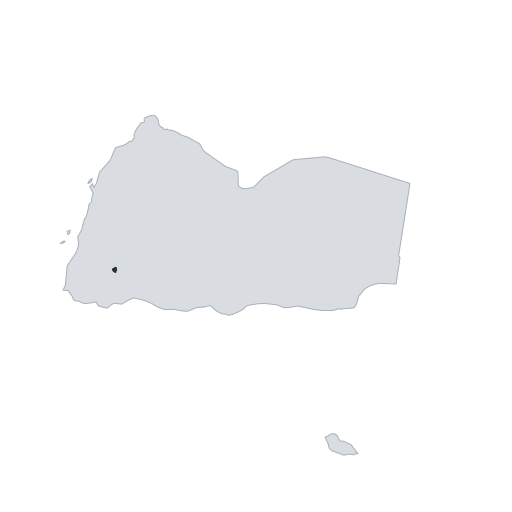 Jahaf, Al Dali', Yemen shown in context, rotated 28°
{"feature_id": "15242507B12481598225051", "entity_name": "Jahaf", "entity_type": "district", "adm_level": 2, "iso_a3": "YEM", "parent_name": "Yemen", "parent_adm1": "Al Dali'", "projection": "equal_earth", "projection_center": [44.673, 13.731], "detail": "fine", "context": "in_parent", "style": "filled", "palette": "slate", "viewbox_px": 512, "rotation_deg": 28, "n_neighbors": 0, "source": "geoboundaries", "source_scale": "gbopen_adm2", "svg_char_len": 3651}
<svg xmlns="http://www.w3.org/2000/svg" viewBox="0 0 512 512"><g transform="rotate(28 256 256)"><path d="M392.8,215.0L377.7,222.2L373.7,225.5L370.1,229.5L367.4,234.4L365.6,243.2L367.2,251.2L367.1,255.5L363.2,258.3L359.5,260.4L355.4,263.5L352.9,264.3L350.9,266.8L348.6,268.5L340.1,273.0L330.8,276.5L316.0,280.7L310.3,285.3L305.1,288.4L297.2,289.3L286.3,293.7L280.3,297.1L272.8,302.8L271.1,304.5L269.9,308.7L267.6,312.3L263.1,318.2L259.7,321.2L257.4,321.4L253.0,323.0L247.8,323.3L239.0,321.3L236.8,322.7L234.9,325.0L228.2,329.1L221.3,337.1L216.3,339.3L208.2,341.8L202.5,345.2L198.7,346.5L193.7,347.2L184.6,346.9L176.0,348.1L167.9,350.4L164.2,354.7L159.9,361.6L152.9,364.4L151.2,366.8L149.1,371.9L144.5,373.2L140.4,374.0L136.2,371.8L128.3,377.9L125.3,378.9L120.7,379.2L117.5,380.4L115.2,380.1L112.3,377.7L106.2,374.8L101.7,376.7L101.3,370.9L93.9,353.3L95.5,338.0L95.5,335.9L94.0,329.0L89.6,322.8L89.8,314.9L88.3,309.2L87.1,303.5L87.5,301.9L87.6,300.5L85.4,291.6L84.6,289.8L84.3,287.9L85.1,286.5L85.1,284.8L83.9,282.1L82.6,276.9L76.6,272.8L77.9,268.9L79.0,270.3L80.6,271.4L80.9,268.9L81.0,267.1L78.5,255.5L82.3,240.1L81.1,226.3L86.8,220.7L88.2,219.0L89.0,217.5L90.4,214.4L92.2,213.3L92.9,210.0L92.8,208.3L91.6,206.9L90.8,203.0L91.1,198.1L91.4,196.1L92.0,192.3L94.0,190.9L94.4,189.8L92.9,187.5L93.1,186.1L96.4,182.1L97.8,180.9L100.0,179.7L101.7,179.7L103.6,180.4L105.4,181.5L107.1,183.5L108.9,185.8L111.6,186.7L113.5,186.5L115.0,187.5L116.3,186.9L117.8,185.7L120.1,185.8L122.3,184.5L128.3,183.8L134.1,184.2L140.1,183.1L146.2,183.2L152.3,183.3L153.6,183.5L154.9,184.2L160.1,187.7L164.0,188.4L171.8,189.4L180.2,190.4L187.4,191.3L193.6,190.4L198.7,189.8L200.1,189.9L201.6,192.1L204.7,197.5L207.6,202.6L212.7,202.8L216.0,200.9L219.5,198.2L221.7,196.1L224.2,187.8L225.8,182.4L229.5,176.4L232.6,171.4L236.8,164.7L239.0,161.0L243.5,153.7L247.8,150.8L256.2,145.3L264.3,140.0L269.6,136.5L274.2,134.9L281.8,133.5L290.7,131.9L299.6,130.2L309.1,128.5L319.8,126.6L327.0,125.3L336.3,123.6L344.0,122.2L350.8,121.0L357.9,119.7L359.3,123.7L360.7,127.8L362.1,131.8L363.5,135.9L364.9,139.9L366.3,144.0L367.7,148.0L369.1,152.0L370.5,156.1L371.9,160.2L373.3,164.2L374.7,168.3L376.1,172.3L377.5,176.4L378.9,180.4L380.3,184.5L381.6,188.5L383.8,189.8L385.2,193.5L387.1,198.9L389.0,204.3L390.9,209.6L392.8,215.0ZM415.8,379.2L417.6,379.7L420.5,378.3L428.7,378.1L438.7,382.7L436.8,383.9L435.7,385.6L431.4,387.1L427.1,390.6L414.6,392.3L410.9,391.4L407.8,387.9L402.1,383.5L404.3,380.7L404.8,379.4L405.6,378.1L408.7,376.0L411.9,376.3L415.8,379.2ZM80.4,324.4L80.0,325.3L79.5,325.1L77.6,322.9L79.7,320.5L80.8,322.7L80.4,324.4ZM74.6,269.9L73.6,270.8L73.3,269.2L74.0,265.6L75.0,264.6L75.6,267.2L75.2,268.7L74.6,269.9ZM79.4,335.4L77.4,336.6L78.8,333.4L80.2,332.7L80.6,332.8L79.4,335.4Z" fill="#d9dde1" stroke="#a8b0b8" stroke-width="1"/><path d="M136.0,334.2L135.8,335.1L136.0,335.3L136.3,335.4L136.3,335.5L136.5,335.5L136.6,335.8L137.0,335.9L137.6,336.2L137.8,336.3L138.1,336.2L138.8,336.3L139.3,336.4L139.5,336.3L139.4,336.1L139.4,335.9L139.3,335.7L139.2,335.6L139.0,335.4L138.9,335.4L138.8,335.2L138.8,334.9L139.0,334.8L139.1,335.0L139.3,335.0L139.3,334.9L139.3,334.7L139.3,334.4L139.3,334.2L139.2,334.2L139.1,333.9L139.0,333.7L138.9,333.6L138.9,333.4L138.7,333.3L138.7,333.2L138.4,333.0L138.4,332.9L138.3,332.7L138.2,332.6L138.1,332.4L137.9,332.3L137.9,332.2L137.7,332.2L137.7,332.3L137.4,332.4L137.4,332.5L137.2,332.6L137.2,332.8L137.3,332.9L137.3,333.0L137.3,333.3L137.2,333.4L137.2,333.5L137.1,333.8L137.0,333.7L137.0,333.8L136.9,333.8L136.7,333.9L136.6,334.0L136.4,334.0L136.4,334.3L136.3,334.2L136.2,334.2L136.0,334.2Z" fill="#64748b" stroke="#1e293b" stroke-width="1.5"/></g></svg>